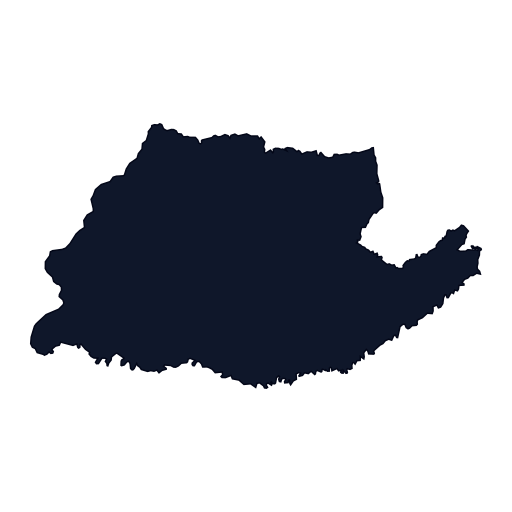 the district of Quimbaya, Quindío, Colombia
{"feature_id": "7082276B28031700236172", "entity_name": "Quimbaya", "entity_type": "district", "adm_level": 2, "iso_a3": "COL", "parent_name": "Colombia", "parent_adm1": "Quindío", "projection": "mercator", "projection_center": [-75.769, 4.613], "detail": "fine", "context": "isolated", "style": "filled", "palette": "ink", "viewbox_px": 512, "rotation_deg": 0, "n_neighbors": 0, "source": "geoboundaries", "source_scale": "gbopen_adm2", "svg_char_len": 6065}
<svg xmlns="http://www.w3.org/2000/svg" viewBox="0 0 512 512"><path d="M479.6,271.3L477.5,269.2L477.1,266.9L477.9,263.2L477.7,259.6L479.4,255.1L479.5,251.0L481.3,249.7L481.0,248.5L477.2,246.6L476.7,247.3L473.7,247.3L473.3,246.2L472.4,246.4L472.0,245.8L471.3,246.2L472.5,248.5L475.5,248.1L477.5,248.6L478.3,249.0L477.6,250.5L475.3,249.6L473.6,250.2L467.9,249.7L465.6,251.2L460.0,251.3L457.1,249.8L461.8,244.5L464.1,243.7L465.0,239.1L466.4,237.1L466.0,235.6L466.6,233.8L468.4,231.1L463.5,225.8L461.4,225.2L459.6,227.4L454.6,230.8L452.9,230.1L451.1,231.1L449.4,230.0L448.0,230.2L447.2,231.3L446.2,236.0L445.0,236.4L444.6,238.1L442.6,238.0L442.3,240.3L440.6,240.6L439.0,241.8L436.3,245.3L436.3,247.7L429.3,251.4L427.0,254.4L423.4,253.9L421.3,254.6L420.9,256.4L419.3,257.6L417.7,256.8L417.0,254.6L416.3,254.7L415.7,258.1L414.3,259.0L409.6,259.6L409.0,261.2L407.3,260.8L405.4,262.4L403.1,265.5L403.4,267.1L402.6,268.5L398.5,268.5L397.1,267.6L396.0,268.1L394.2,264.8L391.7,265.2L389.3,263.9L387.0,264.5L381.4,260.0L382.0,257.4L381.4,256.5L377.1,256.9L377.7,255.0L377.1,253.2L374.2,254.3L372.9,251.3L370.4,252.3L368.5,250.1L365.7,248.9L364.7,247.4L361.8,246.4L360.7,245.1L356.5,242.9L357.8,241.9L357.4,240.1L359.7,240.1L361.0,236.7L360.1,233.8L361.5,227.5L365.4,227.3L366.9,223.9L368.3,222.6L368.9,219.5L373.1,213.3L374.0,212.7L376.3,213.1L379.1,209.8L382.6,207.4L382.7,197.8L380.8,192.2L379.7,184.5L379.5,183.7L377.6,183.9L376.5,182.8L378.6,181.8L378.7,180.8L376.8,173.7L377.0,165.1L375.6,161.3L375.6,157.8L374.0,155.0L373.3,147.7L371.9,147.9L369.6,149.6L358.5,152.9L354.4,152.2L352.7,152.5L350.3,154.2L346.0,153.9L339.0,155.2L337.1,154.3L334.2,154.4L332.8,157.2L328.7,158.0L324.6,156.7L320.9,152.5L320.1,153.0L318.9,155.5L317.3,155.4L316.1,150.8L311.3,152.3L307.0,151.9L301.8,154.1L299.8,151.3L298.4,150.5L297.0,151.7L292.7,148.3L287.4,147.6L285.2,148.5L286.7,150.8L282.7,149.0L281.3,149.4L278.7,148.4L275.4,148.3L273.3,149.3L273.4,152.1L272.8,152.8L270.5,150.1L265.6,153.2L264.4,152.2L264.7,149.4L263.5,147.0L264.8,141.9L261.1,137.0L259.2,138.8L257.5,136.0L250.9,136.0L246.7,133.9L238.1,135.9L234.9,134.1L231.0,135.4L230.0,138.2L228.1,135.7L224.9,134.6L220.7,136.6L218.0,136.9L215.3,135.4L213.7,135.9L212.0,137.6L202.1,140.0L201.5,140.8L201.7,143.0L200.5,143.9L199.0,143.2L197.8,140.2L195.4,137.4L189.5,137.3L187.7,136.5L183.3,136.9L181.3,134.0L177.7,133.7L176.2,130.9L173.7,129.6L171.3,129.5L167.5,130.6L165.9,130.3L163.5,128.7L161.7,124.6L159.8,123.8L157.6,125.0L154.4,124.7L151.8,125.6L151.6,127.4L148.3,131.6L148.4,133.9L146.3,140.6L142.5,143.5L142.0,149.2L138.4,153.6L137.1,158.3L129.8,163.4L126.3,169.0L124.4,175.1L123.2,175.8L116.4,176.2L113.2,177.2L110.1,181.6L101.3,184.5L95.5,189.5L93.2,195.7L91.1,199.3L93.3,208.7L93.3,211.5L87.3,214.9L83.8,220.4L84.5,227.5L79.8,230.5L76.1,234.0L70.1,243.5L65.7,248.1L62.2,249.4L52.6,250.7L50.4,251.8L49.7,255.8L45.4,261.7L45.3,268.6L47.4,272.3L52.5,277.0L53.7,281.5L56.8,284.0L59.3,284.6L61.4,287.1L61.5,290.4L59.4,294.5L59.2,296.6L62.9,299.9L63.9,302.9L63.2,304.7L58.7,309.2L46.1,314.6L36.3,323.7L34.5,326.2L31.2,337.1L30.7,343.7L32.4,347.2L35.3,348.6L37.2,352.6L43.8,354.5L44.3,355.2L46.8,354.2L49.1,351.9L50.8,353.4L52.7,353.1L53.3,351.6L51.9,349.6L52.2,348.9L55.5,346.1L59.3,345.2L60.6,342.1L73.0,345.4L76.8,343.9L77.8,347.4L78.6,348.1L79.8,347.3L80.0,344.3L81.1,344.1L85.5,349.3L89.7,352.3L89.1,354.0L91.1,356.4L93.8,358.0L97.9,358.2L95.5,362.3L96.5,363.7L98.4,363.6L101.9,358.2L104.9,358.2L106.7,359.1L105.4,361.4L106.9,363.4L107.1,365.6L107.8,365.9L108.8,363.0L111.1,360.1L111.5,356.9L116.0,353.3L117.0,353.2L123.9,358.0L123.8,358.8L122.0,359.7L121.2,361.1L121.0,365.3L121.6,365.7L124.3,364.9L126.8,361.9L128.7,361.1L130.1,363.6L130.6,368.5L131.8,369.8L132.8,369.9L134.2,368.5L136.7,363.4L137.7,365.7L139.9,367.3L141.3,369.5L147.6,371.4L150.7,370.6L154.0,371.2L156.9,370.1L159.0,372.8L162.0,370.4L166.2,369.2L166.2,368.4L163.6,366.3L164.5,365.0L170.7,365.5L173.7,367.1L175.7,367.2L178.4,365.9L181.3,363.2L186.6,362.7L187.5,361.8L188.2,359.1L190.1,358.3L195.1,360.3L192.2,363.1L192.2,364.6L193.1,365.7L194.4,365.7L196.6,361.8L199.2,361.4L201.5,363.9L202.7,367.0L207.1,366.9L209.1,367.6L212.3,369.3L215.2,372.7L222.1,372.0L222.7,374.6L221.0,376.5L222.0,377.5L225.5,377.6L231.1,375.4L232.4,378.8L239.0,380.1L243.9,384.4L250.6,383.8L255.7,387.4L256.9,383.4L259.5,382.8L263.5,385.8L264.5,387.9L266.4,388.2L267.6,387.3L266.4,385.4L266.5,383.8L268.0,383.0L271.5,385.2L271.9,384.2L270.8,382.4L271.3,381.8L273.3,383.7L274.7,383.8L275.5,383.0L276.5,377.7L278.6,375.8L279.5,376.5L278.7,379.3L279.4,381.5L280.8,381.8L281.6,379.3L282.7,378.4L285.0,378.5L285.8,379.7L284.5,381.5L284.7,382.9L288.1,382.6L288.6,380.2L289.5,380.0L289.9,383.5L290.6,384.8L293.3,380.9L296.4,379.3L296.1,373.9L298.7,372.6L300.6,373.3L298.9,375.9L299.2,376.3L302.5,375.4L304.5,372.8L308.3,373.6L311.1,371.2L314.7,374.5L315.4,373.9L315.8,371.4L317.2,370.4L321.1,372.0L321.8,371.5L322.1,369.4L322.8,369.2L325.4,370.5L325.8,369.9L327.4,371.2L329.3,371.1L329.4,368.0L330.3,367.3L331.4,367.8L331.9,370.8L336.9,368.5L338.6,370.8L341.2,370.4L340.7,372.3L341.8,373.1L343.2,373.1L343.2,370.3L346.0,373.3L347.1,373.1L347.4,372.3L346.7,370.1L347.3,368.7L350.0,369.4L352.0,368.4L351.8,365.2L352.7,362.6L353.8,362.5L355.1,364.1L356.9,360.7L360.2,360.4L360.3,356.4L363.8,358.9L364.2,356.9L363.7,352.8L366.3,349.4L367.9,351.2L368.7,353.9L373.8,354.1L374.3,353.4L373.6,350.9L374.3,350.2L380.0,345.1L382.9,343.6L385.3,340.7L388.7,339.2L391.7,340.2L393.5,336.2L394.6,335.1L395.5,335.2L396.7,337.5L397.6,337.6L400.0,326.7L402.9,324.3L404.9,324.3L406.2,327.6L408.0,328.8L409.6,328.1L412.0,325.7L416.3,325.3L417.3,324.2L417.1,321.7L417.7,319.9L422.4,317.7L427.3,313.2L432.2,313.6L433.1,311.0L433.0,306.7L436.9,305.0L438.4,307.9L440.6,307.1L442.8,303.6L443.5,297.9L444.9,294.8L445.9,294.7L447.1,297.7L448.3,297.6L450.8,293.0L452.2,292.7L453.5,293.5L454.6,290.0L457.5,290.8L458.5,288.9L458.9,285.4L463.9,285.1L464.0,284.0L462.0,282.5L464.6,279.3L467.8,278.1L470.2,275.5L473.1,275.5L476.6,273.2L480.4,274.1L479.6,271.3Z" fill="#0f172a" stroke="#020617" stroke-width="1.5"/></svg>